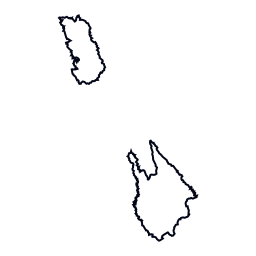 the district of Hpa-An, Kayin, Myanmar
{"feature_id": "60261553B96608852730046", "entity_name": "Hpa-An", "entity_type": "district", "adm_level": 2, "iso_a3": "MMR", "parent_name": "Myanmar", "parent_adm1": "Kayin", "projection": "albers", "projection_center": [97.347, 18.013], "detail": "fine", "context": "isolated", "style": "outline", "palette": "ink", "viewbox_px": 256, "rotation_deg": 0, "n_neighbors": 0, "source": "geoboundaries", "source_scale": "gbopen_adm2", "svg_char_len": 5745}
<svg xmlns="http://www.w3.org/2000/svg" viewBox="0 0 256 256"><path d="M192.9,198.6L195.8,197.4L195.5,197.1L196.0,196.5L196.6,196.8L197.0,195.6L195.6,195.9L195.1,194.5L194.8,195.6L194.1,195.4L194.3,193.2L195.1,193.4L195.2,192.9L194.3,192.4L193.3,192.6L193.1,191.9L193.9,191.2L192.5,190.8L192.7,190.0L191.8,190.3L191.8,189.3L191.2,189.1L191.4,188.2L190.1,188.7L190.4,187.9L191.2,187.6L191.3,187.0L191.1,186.8L190.0,187.5L189.1,186.9L188.2,185.2L185.7,184.2L185.4,183.1L184.3,182.2L183.5,182.1L183.6,181.2L182.8,180.1L181.9,180.1L181.4,179.0L181.4,177.5L182.3,176.3L181.7,175.9L181.7,175.2L180.2,174.5L179.5,174.8L178.2,172.8L177.0,171.9L177.8,171.3L177.8,171.0L176.2,169.9L173.2,165.9L171.5,165.9L171.1,164.6L168.3,163.7L168.0,162.4L167.4,162.0L166.7,160.1L162.8,156.9L160.7,154.4L159.1,153.2L158.8,152.3L156.8,149.7L156.7,148.4L157.4,147.7L156.5,146.4L155.5,146.1L154.7,144.4L153.5,143.6L153.6,142.8L152.3,142.7L150.7,140.7L150.1,141.0L150.0,142.7L150.4,144.3L151.6,146.2L151.1,147.6L152.7,152.1L152.2,154.5L152.8,155.7L153.2,159.8L155.6,164.6L155.6,166.0L157.0,167.5L156.1,170.9L156.5,173.7L155.8,174.3L154.0,174.9L151.6,174.6L150.5,174.9L149.4,178.3L148.5,179.5L147.8,179.4L147.8,177.9L146.9,176.0L146.1,175.3L144.4,170.7L143.2,170.2L142.9,170.5L142.0,170.4L140.2,171.8L140.0,170.6L139.7,170.8L139.7,169.7L138.1,169.2L138.1,168.5L138.8,167.8L138.5,167.5L138.8,166.9L138.0,167.2L137.6,165.8L136.8,165.2L138.0,164.0L136.0,162.0L137.7,159.8L137.5,159.3L135.0,157.3L135.1,156.6L134.1,155.7L135.0,154.9L133.0,154.1L133.0,153.5L131.7,152.9L131.1,151.2L130.6,152.9L129.0,153.3L128.3,156.1L127.7,156.4L128.8,157.4L128.8,158.2L129.3,158.6L129.1,160.0L129.8,160.6L130.6,162.4L133.2,163.5L133.5,164.9L133.0,165.7L133.1,167.3L132.4,168.9L132.7,170.0L133.8,170.9L133.6,171.1L133.3,173.1L134.1,174.1L133.9,175.0L135.3,176.4L135.3,176.8L136.0,177.2L135.6,177.7L136.0,178.5L136.5,178.6L136.9,179.3L137.4,179.1L137.5,179.9L136.9,180.2L136.9,180.6L137.7,180.8L138.1,181.5L137.9,182.7L136.4,183.3L136.3,184.4L136.4,184.8L137.0,184.5L136.8,185.2L137.3,185.2L137.2,186.0L137.8,186.5L137.3,187.0L137.8,187.5L137.8,188.1L138.5,188.7L138.3,188.9L137.6,188.6L137.1,190.2L137.6,190.4L137.3,190.8L137.5,191.7L138.1,191.9L137.9,192.3L138.3,192.7L137.9,193.1L138.3,194.1L139.0,194.5L138.6,195.3L137.8,195.2L138.3,196.2L137.9,196.3L137.7,195.8L137.2,195.7L136.6,196.5L136.8,197.3L136.0,198.6L135.7,198.4L135.8,197.6L135.5,197.7L135.4,198.9L136.1,199.3L136.6,200.3L136.1,201.3L135.9,201.0L135.5,201.0L135.8,202.0L134.8,202.4L134.1,201.6L133.6,202.0L134.8,202.9L134.1,203.0L134.0,203.5L135.1,203.5L135.3,204.0L134.7,203.9L134.4,204.6L133.5,204.8L134.3,205.6L133.7,205.8L133.8,206.1L134.6,207.2L135.6,207.5L135.6,208.4L136.0,208.6L136.3,209.4L135.5,210.3L136.3,211.2L136.0,212.9L135.5,213.5L136.0,214.1L137.0,213.3L136.5,214.4L137.0,215.2L136.8,215.7L139.1,216.7L139.1,217.4L138.4,217.5L138.1,218.3L138.8,219.3L140.6,220.2L141.1,219.7L142.2,220.6L141.6,221.5L142.0,222.7L142.2,225.4L143.3,225.8L146.0,230.4L146.5,230.2L148.0,231.3L148.1,232.5L149.0,233.2L149.0,234.9L151.1,234.2L152.6,234.5L152.3,236.4L153.0,236.4L155.8,237.3L157.0,239.1L158.8,240.6L159.5,240.6L162.9,238.5L161.9,237.3L162.4,235.9L163.9,234.7L167.8,232.4L168.2,232.6L169.2,234.3L170.1,234.9L170.8,235.0L171.7,235.8L173.1,235.6L174.6,233.7L173.9,232.4L173.5,230.4L174.2,228.7L174.2,227.2L174.6,227.0L175.8,224.8L177.8,224.4L177.5,222.5L178.3,220.4L179.2,219.2L179.9,218.9L180.5,219.2L180.9,218.0L181.4,217.8L183.1,217.4L184.5,217.8L187.6,216.7L188.4,215.8L188.4,215.0L188.9,215.0L189.3,214.3L188.5,213.3L188.8,210.2L188.0,208.5L187.7,206.3L186.2,206.3L185.6,203.4L186.0,201.8L186.9,200.9L187.1,199.5L188.6,198.6L190.5,198.4L191.1,197.9L192.9,198.6ZM95.8,80.0L97.9,79.9L97.2,78.4L99.1,76.9L98.9,75.2L99.9,74.2L100.3,72.8L100.6,72.4L101.8,72.9L102.2,72.5L102.6,71.1L104.2,70.2L104.2,68.3L105.1,67.3L104.2,65.5L104.0,64.1L102.6,63.2L102.0,63.2L101.8,62.7L102.3,61.6L102.8,61.1L102.5,60.2L99.6,57.8L99.8,56.8L98.8,54.5L98.1,53.9L98.8,52.3L97.6,50.4L97.0,50.0L98.6,48.4L98.3,47.9L97.4,47.6L96.7,46.7L97.2,45.7L95.9,44.2L96.3,43.5L95.2,42.0L94.1,42.4L91.5,40.5L91.0,39.1L91.2,38.5L92.0,38.1L90.9,37.3L90.2,36.2L90.8,35.5L89.9,35.3L89.4,34.5L89.7,33.5L90.2,33.0L89.4,32.5L89.4,32.0L89.9,31.7L89.5,30.9L89.6,29.3L90.3,28.9L90.6,28.2L89.0,25.6L88.1,23.3L86.8,23.1L85.7,21.9L85.5,21.2L82.9,19.9L79.9,19.9L80.2,18.3L79.9,18.3L79.3,17.5L78.7,15.4L77.4,16.0L77.4,17.0L76.7,17.2L76.4,17.8L76.0,20.3L75.2,21.3L74.7,21.5L73.1,19.4L72.5,19.1L72.3,18.6L71.7,18.5L71.9,17.8L70.3,18.5L70.0,17.9L68.7,18.2L66.8,16.8L64.6,17.8L62.9,17.3L62.4,17.7L59.4,17.5L59.0,17.9L60.9,20.1L62.5,20.1L61.6,21.6L60.8,21.7L60.8,22.3L60.2,22.6L61.5,25.0L62.4,25.2L63.4,26.3L63.7,26.3L63.1,26.9L63.1,27.2L63.9,27.0L63.5,28.3L63.8,28.4L64.1,28.1L64.2,28.9L63.3,30.8L63.9,30.8L64.4,31.3L66.3,37.8L66.9,38.3L67.0,39.0L67.8,38.9L70.5,40.6L69.4,41.1L68.8,41.8L66.0,42.7L66.3,43.8L67.5,43.6L67.8,45.2L67.3,45.9L67.3,46.8L69.6,49.3L71.7,50.8L70.8,51.9L71.6,52.3L71.8,54.2L71.2,55.3L72.2,55.2L72.4,56.1L73.1,56.7L72.6,57.2L72.5,58.4L73.2,58.2L73.6,57.3L74.2,58.3L74.5,57.7L74.8,57.7L75.3,58.7L75.5,58.3L75.3,57.8L76.2,57.4L77.7,58.0L79.0,59.4L78.9,60.1L78.2,60.1L78.0,60.6L77.8,59.9L76.7,60.0L77.2,60.8L76.4,60.8L76.3,61.6L75.3,59.9L74.5,60.3L73.9,61.5L73.9,62.5L73.3,63.5L74.0,64.1L73.9,64.7L74.4,65.7L75.7,66.4L75.4,67.9L77.3,68.3L77.5,68.9L75.5,69.4L73.4,69.5L72.1,69.2L71.7,69.4L72.5,73.6L73.3,74.3L73.6,75.3L74.3,75.6L75.5,76.7L77.1,80.3L77.7,80.0L78.3,80.4L78.7,81.1L78.5,82.2L79.3,83.2L79.2,83.6L79.8,83.9L80.9,83.7L81.2,82.7L82.7,81.5L84.4,81.9L86.4,83.7L87.6,83.3L88.9,83.9L90.1,82.7L91.0,82.7L92.3,81.1L93.9,81.2L94.6,80.7L95.1,80.8L95.8,80.0ZM151.9,236.9L153.6,236.9L153.1,236.5L151.9,236.9Z" fill="none" stroke="#020617" stroke-width="2"/></svg>